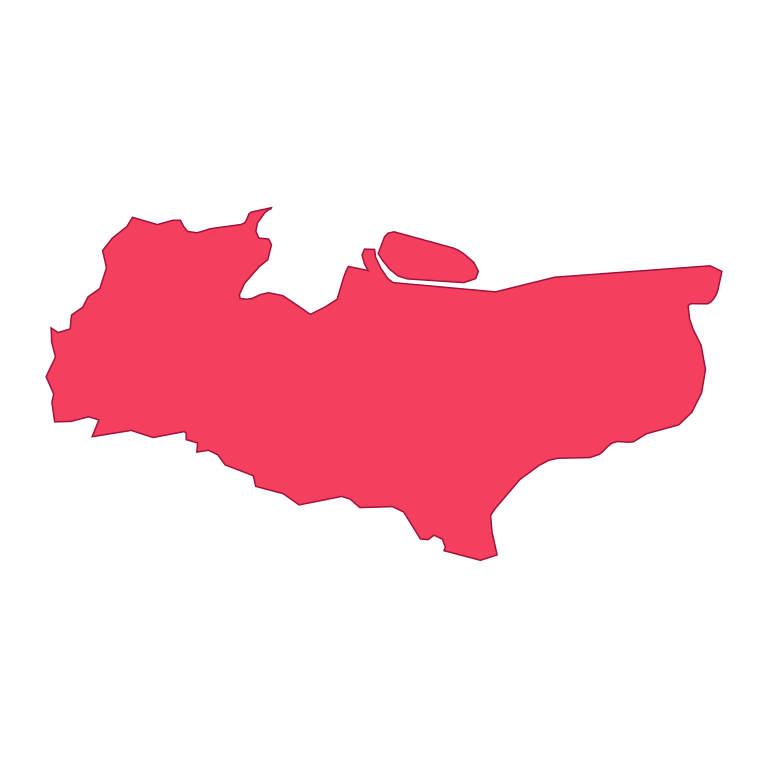 an SVG outline of Kent
{"feature_id": "GBR-3409", "entity_name": "Kent", "entity_type": "Administrative County", "adm_level": 1, "iso_a3": "GBR", "parent_name": "United Kingdom", "parent_adm1": "", "projection": "equal_earth", "projection_center": [0.675, 51.199], "detail": "fine", "context": "isolated", "style": "filled", "palette": "rose", "viewbox_px": 768, "rotation_deg": 0, "n_neighbors": 0, "source": "natural_earth", "source_scale": "10m", "svg_char_len": 1904}
<svg xmlns="http://www.w3.org/2000/svg" viewBox="0 0 768 768"><path d="M210.2,228.7L241.0,224.5L245.0,222.6L247.2,218.3L248.9,214.0L251.2,212.1L271.4,207.7L270.7,209.1L269.2,209.3L264.9,212.6L257.4,223.0L255.9,231.5L258.9,238.1L268.6,239.0L271.5,244.7L267.8,259.7L259.6,266.3L244.6,283.3L239.4,294.6L240.1,298.4L246.8,299.3L252.1,298.4L260.3,294.6L268.5,292.7L282.7,295.6L296.8,305.0L310.3,314.4L325.2,306.9L337.1,299.3L343.9,276.7L346.1,270.9L348.4,266.4L368.1,270.6L364.3,263.4L362.1,255.0L364.5,249.1L374.6,249.4L375.6,257.2L380.8,268.3L387.6,278.3L392.9,282.6L495.3,291.9L554.8,277.2L710.1,265.8L721.9,271.4L717.6,291.3L715.9,295.2L713.7,298.8L711.0,301.8L707.8,303.8L690.7,303.7L688.1,305.8L689.6,318.9L693.1,329.2L701.1,345.3L705.5,369.5L701.6,392.8L691.9,412.2L678.8,424.8L646.6,433.7L633.4,441.8L628.0,442.2L617.5,441.5L611.8,443.2L607.1,447.0L603.0,451.4L599.3,454.4L589.7,457.6L558.1,458.2L548.7,460.3L539.0,465.5L520.0,479.4L495.4,508.3L490.6,515.4L491.9,531.3L497.1,554.9L480.4,560.3L444.0,550.7L445.4,547.2L442.4,539.2L434.0,535.2L428.2,539.6L420.4,539.0L403.8,512.1L392.5,506.6L359.9,507.6L350.0,499.0L341.7,496.4L299.1,504.9L283.3,493.7L255.7,486.4L253.3,475.7L225.3,465.0L217.8,454.8L208.4,450.3L196.8,452.1L197.6,443.0L186.2,439.6L186.1,433.0L184.2,431.6L153.1,437.5L131.2,430.4L92.2,436.7L98.9,419.8L88.4,416.8L71.1,421.4L54.7,421.9L51.9,402.3L53.7,394.0L46.1,376.7L55.5,357.0L51.7,342.2L51.1,327.9L58.0,332.5L70.1,329.0L71.5,315.1L82.8,307.1L88.1,296.8L99.8,288.5L106.5,267.9L105.2,261.9L102.6,250.5L112.4,238.1L127.0,226.4L132.5,217.3L157.4,224.6L172.7,220.3L180.4,220.3L183.7,226.6L187.6,231.4L196.7,232.8L202.4,231.3L210.2,228.7ZM463.6,253.6L473.8,262.4L478.4,271.3L475.7,278.6L463.7,282.6L407.5,278.9L398.1,276.0L389.6,269.2L382.9,260.9L378.2,253.6L384.5,236.9L387.9,233.2L394.1,231.8L453.7,248.2L458.4,250.3L463.6,253.6Z" fill="#f43f5e" stroke="#9f1239" stroke-width="1.5"/></svg>